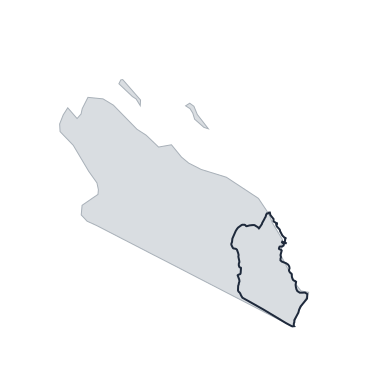 where Toledo sits in Belize, rotated 295°
{"feature_id": "BLZ-1356", "entity_name": "Toledo", "entity_type": "District", "adm_level": 1, "iso_a3": "BLZ", "parent_name": "Belize", "parent_adm1": "", "projection": "albers", "projection_center": [-88.761, 16.286], "detail": "fine", "context": "in_parent", "style": "outline", "palette": "slate", "viewbox_px": 384, "rotation_deg": 295, "n_neighbors": 0, "source": "natural_earth", "source_scale": "10m", "svg_char_len": 3357}
<svg xmlns="http://www.w3.org/2000/svg" viewBox="0 0 384 384"><g transform="rotate(295 192 192)"><path d="M121.3,119.2L121.2,109.2L124.4,101.3L133.5,98.0L145.2,104.9L150.1,107.8L154.5,106.2L160.1,102.0L167.0,89.8L184.1,64.7L191.0,46.9L197.7,43.3L207.4,42.7L215.8,43.8L210.0,56.8L215.8,58.5L221.1,57.3L233.8,57.7L238.8,72.0L237.5,84.0L225.6,115.6L224.1,126.5L218.6,142.7L226.1,153.4L219.2,167.7L216.8,176.8L216.3,190.7L219.9,216.9L214.3,254.9L204.3,271.4L198.1,277.7L187.0,294.2L172.3,299.1L152.0,325.6L148.4,332.6L150.4,340.1L145.6,340.2L126.2,338.9L113.0,340.3L112.5,339.6L113.6,311.1L115.4,267.0L116.7,234.6L118.0,203.0L118.9,179.3L120.2,147.1L121.3,119.2ZM253.6,106.5L248.4,108.6L252.7,102.0L253.3,97.7L259.2,80.0L263.5,80.1L264.6,81.7L253.6,106.5ZM264.5,164.0L256.2,180.1L255.6,175.5L259.1,163.6L263.8,159.4L266.7,155.0L267.4,149.8L271.5,152.4L270.5,157.5L264.5,164.0Z" fill="#d9dde1" stroke="#a8b0b8" stroke-width="1"/><path d="M113.5,341.2L112.6,339.7L112.6,338.2L112.9,332.7L115.7,306.1L117.5,282.4L118.7,280.6L119.3,279.8L119.9,279.2L120.6,278.3L120.9,277.8L121.1,277.3L121.2,276.7L121.3,276.5L121.6,276.0L122.1,275.4L122.6,275.1L126.5,273.5L127.9,273.4L128.4,273.3L129.1,273.0L131.0,272.8L131.7,272.4L132.6,271.8L134.8,269.6L135.5,268.8L135.8,268.6L136.3,268.8L136.7,269.1L137.0,269.4L137.8,270.2L138.1,270.4L138.6,270.4L139.2,270.3L143.6,268.6L144.0,268.3L143.9,267.3L143.9,266.9L144.4,266.2L144.9,265.8L145.5,265.3L146.7,264.8L147.4,264.6L147.9,264.7L148.6,264.5L149.6,263.9L152.5,261.7L153.3,261.2L154.2,261.0L154.7,260.8L156.4,259.4L158.7,257.1L159.0,255.9L158.9,255.3L158.4,253.4L158.5,252.9L158.8,252.4L160.0,250.9L160.6,250.2L160.9,249.9L161.8,249.5L163.6,249.4L166.8,248.3L175.1,248.1L177.5,248.4L179.2,248.8L183.0,250.9L183.5,251.4L183.9,252.0L184.2,252.9L184.5,253.4L184.5,253.9L184.5,254.4L184.0,255.4L184.1,256.0L184.6,256.6L185.9,258.1L186.3,258.7L186.6,259.2L186.8,259.6L187.2,260.1L187.4,260.6L187.7,261.0L188.1,261.9L188.3,262.4L188.4,262.9L188.3,263.3L188.2,264.0L188.0,265.9L188.0,266.3L187.9,266.7L187.7,267.2L187.5,267.5L187.3,268.0L188.0,268.2L192.5,268.9L193.1,268.8L193.5,268.7L197.8,269.0L198.3,269.0L199.4,269.0L200.0,269.1L200.5,269.2L202.8,268.8L203.9,268.9L204.3,269.0L204.6,269.9L205.9,270.4L206.3,271.2L204.2,272.8L202.0,277.3L199.9,278.3L199.7,278.9L199.5,281.6L199.6,282.2L198.9,282.6L198.3,282.6L198.0,282.4L198.0,282.2L197.3,282.7L197.1,282.9L196.9,283.2L196.5,283.8L195.1,287.2L194.6,287.8L193.8,288.3L190.9,292.1L190.6,292.7L190.1,294.2L189.8,294.8L189.7,295.1L189.9,296.1L189.8,296.4L189.5,296.5L188.6,296.3L188.3,296.4L187.8,296.7L186.5,297.0L186.0,297.3L185.7,297.7L185.2,299.5L185.2,294.8L184.5,294.8L183.7,297.3L182.2,297.6L180.6,296.7L180.0,295.2L179.5,294.5L178.6,294.5L177.7,294.6L177.3,294.8L177.1,295.2L177.2,297.2L176.9,298.0L176.1,298.2L172.4,298.8L171.7,299.2L171.2,299.7L170.4,300.2L168.9,300.4L167.4,301.1L166.9,302.9L167.2,307.4L166.8,309.8L165.7,311.5L164.2,312.6L162.2,312.9L161.7,313.2L161.0,314.0L160.5,314.8L160.0,316.8L159.3,317.4L158.4,317.8L157.3,318.4L156.1,319.5L155.5,320.1L155.0,320.8L154.8,322.0L154.9,323.3L154.6,324.3L151.7,325.1L149.8,326.3L147.9,327.8L146.7,329.4L146.3,332.2L148.6,337.0L148.2,339.7L144.0,341.3L134.2,338.8L130.7,338.8L127.6,339.4L119.1,338.9L117.1,339.8L116.1,339.8L114.8,340.3L113.7,340.8L113.5,341.2Z" fill="none" stroke="#1e293b" stroke-width="2"/></g></svg>